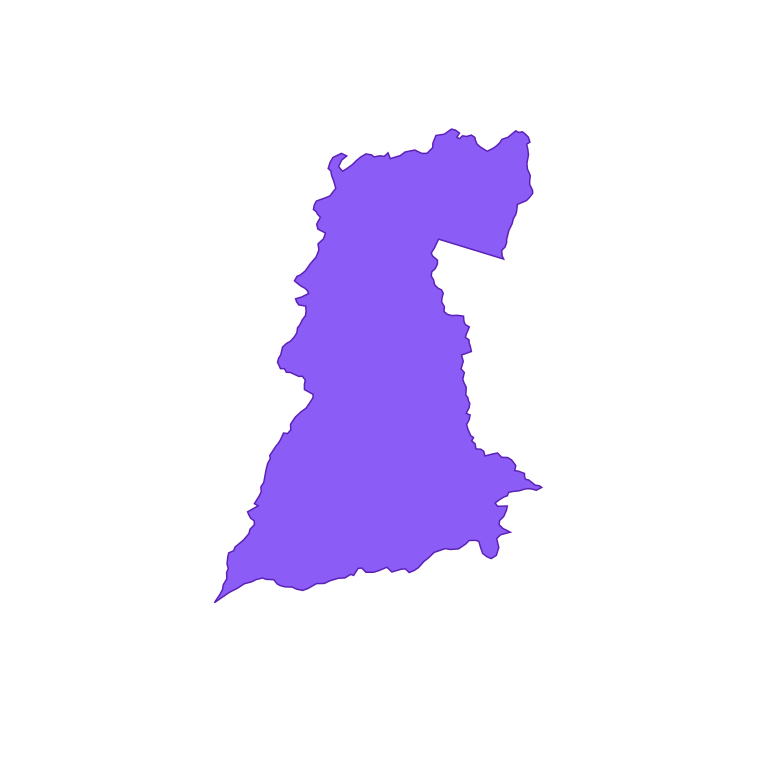 outline of Trombas, Goiás, Brazil, rotated 48°
{"feature_id": "56859067B26848935724930", "entity_name": "Trombas", "entity_type": "district", "adm_level": 2, "iso_a3": "BRA", "parent_name": "Brazil", "parent_adm1": "Goiás", "projection": "equal_earth", "projection_center": [-48.759, -13.427], "detail": "fine", "context": "isolated", "style": "filled", "palette": "violet", "viewbox_px": 768, "rotation_deg": 48, "n_neighbors": 0, "source": "geoboundaries", "source_scale": "gbopen_adm2", "svg_char_len": 4214}
<svg xmlns="http://www.w3.org/2000/svg" viewBox="0 0 768 768"><g transform="rotate(48 384 384)"><path d="M433.0,656.4L435.4,638.2L437.8,629.2L438.9,621.7L442.4,614.8L443.8,609.8L446.9,604.1L450.3,602.3L455.7,596.8L461.0,597.2L464.0,596.2L468.4,593.4L473.5,588.1L477.8,586.3L483.0,582.6L485.0,577.6L487.2,567.7L492.3,561.8L494.1,555.7L498.0,547.6L501.9,542.9L503.2,536.1L505.9,534.7L503.7,526.6L505.9,523.7L511.8,523.4L516.9,517.7L519.2,512.8L522.1,504.5L529.0,503.9L533.1,495.2L535.7,491.8L541.0,491.4L542.8,486.2L543.5,481.3L542.6,473.0L543.0,467.7L542.7,459.4L547.3,448.6L551.4,445.4L556.4,438.9L557.6,430.1L557.2,425.6L561.7,420.3L564.5,418.9L570.3,421.7L575.8,424.0L581.3,423.1L585.5,421.1L586.5,415.2L582.3,408.1L574.3,403.7L574.0,398.4L578.6,389.3L570.9,392.3L565.6,392.6L562.8,389.5L562.6,383.7L559.7,377.4L557.2,374.0L550.8,381.5L546.8,381.0L547.3,375.1L548.2,370.5L549.6,367.0L547.9,364.0L550.3,359.8L553.9,354.9L556.3,349.6L558.4,346.8L560.7,344.6L564.9,341.9L566.4,336.0L563.5,336.7L560.4,339.3L552.1,340.7L549.5,342.6L546.8,341.5L544.5,339.5L538.9,342.3L535.9,344.8L532.8,340.7L529.5,340.3L525.7,340.0L521.4,341.3L517.2,345.6L511.2,345.8L508.9,349.7L505.0,357.1L500.7,354.9L497.2,355.7L493.8,359.1L489.4,356.3L485.0,356.9L483.7,353.3L480.4,354.1L473.8,351.9L469.4,349.7L467.4,344.4L464.6,340.7L460.9,342.6L458.5,336.5L455.8,333.2L453.1,332.5L450.2,330.8L446.9,330.6L444.1,327.7L441.4,325.1L437.1,323.9L433.2,322.3L429.2,316.6L424.3,316.6L420.2,309.9L414.3,307.0L415.8,303.5L418.3,297.3L413.5,294.5L410.5,293.3L408.1,291.3L403.8,292.3L401.9,289.3L398.7,282.4L394.2,283.8L391.0,282.7L386.8,279.5L382.1,283.5L378.4,287.9L374.6,290.3L370.2,290.9L367.0,287.4L361.4,286.2L358.5,282.8L356.2,279.2L352.5,278.3L349.0,279.7L344.2,280.0L339.7,277.5L335.5,276.7L332.6,273.5L332.6,268.9L330.6,264.0L327.7,261.4L321.2,262.3L318.2,261.1L316.7,255.7L312.9,246.5L371.2,211.5L367.9,210.5L363.5,207.2L363.2,202.4L361.1,198.5L358.3,195.7L353.4,188.4L350.7,181.7L347.7,177.2L346.2,172.6L344.2,169.7L339.8,164.7L343.0,155.4L342.8,151.6L341.8,145.9L339.4,144.0L333.2,142.2L330.3,139.6L327.1,135.9L320.1,133.5L315.6,130.1L310.3,123.2L305.5,119.9L301.2,117.5L301.9,113.7L297.2,111.6L292.3,111.8L289.2,112.4L287.3,115.5L284.0,116.7L283.6,126.8L281.1,132.7L282.2,136.7L282.3,140.6L282.0,144.5L280.1,151.6L272.4,153.8L267.9,154.3L264.7,153.2L261.5,151.5L257.5,152.5L255.3,157.0L252.1,159.6L252.2,163.7L249.4,164.8L248.0,160.0L243.2,161.0L239.7,163.3L238.7,172.0L234.1,179.1L236.0,183.1L237.8,186.6L240.9,189.6L241.4,197.7L237.9,201.6L230.7,204.6L225.7,213.1L225.2,219.0L220.7,228.5L214.9,226.3L215.0,231.5L211.6,234.4L208.6,239.4L205.3,240.0L200.9,243.5L199.7,249.6L199.5,255.0L199.8,260.7L199.1,267.4L198.1,272.5L192.0,272.2L189.3,265.6L189.6,259.1L184.1,261.3L181.5,270.2L183.2,275.7L186.5,281.3L189.9,280.9L194.0,283.4L198.7,285.2L203.6,287.5L206.4,289.1L207.1,293.2L208.1,298.2L206.3,303.3L204.4,307.8L202.8,311.8L204.2,315.8L207.1,319.7L210.4,319.0L213.2,319.8L217.5,319.7L220.2,327.1L224.7,329.5L229.1,327.8L232.7,326.5L235.6,331.8L235.7,339.3L238.2,340.9L240.8,342.7L242.6,346.2L244.3,349.7L245.3,358.2L247.3,366.9L247.0,373.1L245.8,376.6L247.4,381.5L251.1,381.0L255.6,380.2L260.2,378.6L263.6,378.5L266.4,379.6L265.2,383.4L264.3,386.9L261.5,392.7L264.7,394.0L268.2,394.4L273.7,390.1L277.6,393.0L280.6,396.6L281.6,401.7L283.7,406.8L284.4,410.7L287.6,414.4L289.0,419.1L289.6,424.8L288.6,429.4L288.7,434.6L291.3,438.5L293.2,441.2L294.4,445.2L296.7,448.7L299.8,449.5L303.3,450.7L306.0,447.7L309.9,448.7L312.9,445.8L317.2,444.0L321.4,442.2L323.6,439.5L328.3,439.8L331.0,443.4L334.9,446.9L339.6,445.2L344.3,443.6L346.7,446.0L348.3,451.9L349.8,458.1L349.1,464.6L349.3,472.3L351.4,480.4L355.7,484.0L356.3,488.8L353.2,491.5L356.1,498.1L357.3,502.1L358.0,506.5L360.7,516.8L363.3,518.3L365.3,523.8L369.2,529.5L372.9,534.3L376.7,539.2L378.1,544.4L382.0,547.4L383.7,551.7L386.2,560.4L390.3,559.0L388.8,566.1L387.7,570.9L390.8,572.0L394.7,572.9L398.7,572.0L401.8,574.4L402.3,580.8L404.8,584.5L405.9,592.3L405.8,596.7L405.5,603.7L407.3,607.3L405.6,612.4L408.2,616.1L412.7,621.1L417.0,623.2L418.7,627.0L423.6,631.2L425.6,637.7L428.6,641.4L430.6,646.7L431.6,650.8L433.0,656.4Z" fill="#8b5cf6" stroke="#5b21b6" stroke-width="1.5"/></g></svg>